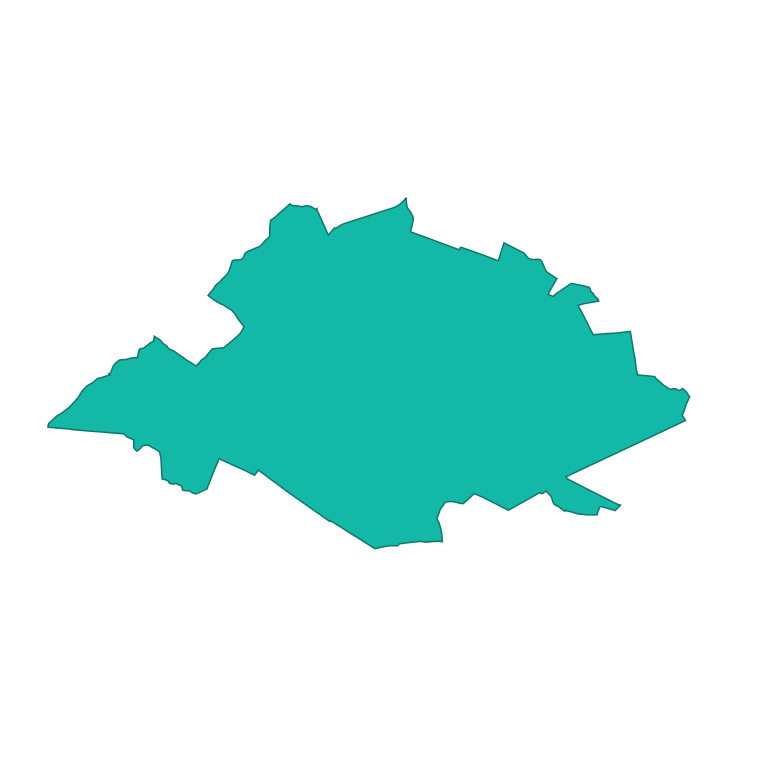 the district of Sannicolau Roman, Bihor, Romania, rotated 24°
{"feature_id": "2599482B50949816567850", "entity_name": "Sannicolau Roman", "entity_type": "district", "adm_level": 2, "iso_a3": "ROU", "parent_name": "Romania", "parent_adm1": "Bihor", "projection": "equal_earth", "projection_center": [21.725, 46.968], "detail": "fine", "context": "isolated", "style": "filled", "palette": "teal", "viewbox_px": 768, "rotation_deg": 24, "n_neighbors": 0, "source": "geoboundaries", "source_scale": "gbopen_adm2", "svg_char_len": 6139}
<svg xmlns="http://www.w3.org/2000/svg" viewBox="0 0 768 768"><g transform="rotate(24 384 384)"><path d="M501.5,504.3L500.5,502.6L499.3,500.1L497.8,497.4L495.7,494.4L494.2,492.5L492.9,490.9L490.2,487.9L487.5,485.9L487.5,485.6L487.1,485.4L487.0,484.6L487.0,482.9L486.4,475.4L487.5,470.5L487.8,468.4L488.1,467.6L488.5,467.0L489.0,466.4L489.7,465.9L490.4,465.5L491.6,464.9L493.2,464.1L494.7,463.5L496.1,463.1L501.6,462.1L503.1,461.8L504.5,461.3L505.1,461.0L508.7,452.9L511.0,447.4L519.8,447.3L529.3,447.7L548.9,448.8L550.4,446.9L555.1,440.5L567.5,423.9L570.0,420.4L570.7,420.1L572.1,420.1L573.1,419.8L573.5,419.4L575.6,415.9L578.3,417.0L581.4,418.3L582.2,418.7L582.6,419.0L583.6,420.0L586.3,423.1L587.6,424.2L588.6,424.6L590.0,424.9L593.4,425.0L597.4,426.1L601.0,426.7L601.2,425.5L602.3,425.5L603.7,425.4L606.5,424.7L609.3,424.4L612.1,424.1L614.0,423.8L616.0,423.2L623.4,420.7L632.1,416.7L631.7,416.3L631.5,415.4L631.2,410.2L631.3,408.8L631.4,408.4L631.9,407.9L632.5,407.5L633.0,407.3L633.4,407.3L635.0,407.2L646.7,405.6L649.3,398.5L648.9,398.5L648.3,398.7L646.8,398.8L643.1,398.8L615.5,397.5L590.3,396.1L588.0,394.8L592.3,389.7L638.8,335.9L674.3,294.7L669.3,291.4L669.0,285.6L668.3,279.3L668.5,271.5L663.6,268.3L663.3,268.1L658.7,266.7L656.4,270.0L652.7,269.8L651.5,270.1L649.8,271.0L648.6,272.0L646.0,272.4L639.3,271.2L638.5,270.9L632.3,268.9L630.5,268.6L629.0,267.6L628.3,267.1L611.6,272.6L611.3,271.9L606.6,264.8L602.7,258.3L598.8,252.7L587.7,235.9L586.7,236.3L584.7,237.5L580.7,239.9L579.3,240.8L576.9,242.2L568.9,246.4L567.7,246.9L557.3,252.7L555.0,253.9L548.3,248.5L537.8,239.8L534.9,237.5L531.5,234.9L529.8,233.8L529.2,233.3L530.9,231.9L533.7,229.5L535.8,228.1L546.5,220.9L545.8,220.2L544.9,219.4L544.2,219.1L542.0,218.4L540.8,218.0L540.2,217.7L538.8,216.5L538.0,216.1L537.4,215.9L536.4,215.8L535.6,215.4L534.9,214.7L534.4,214.1L533.5,213.1L532.6,212.5L531.4,212.1L530.8,212.6L527.6,212.9L526.2,213.1L524.0,213.7L516.8,215.3L514.0,216.1L509.5,223.5L506.9,227.7L504.8,230.8L503.5,233.7L503.0,235.2L497.5,235.4L497.6,231.5L499.1,217.3L497.9,217.3L493.2,216.4L489.8,216.0L488.3,215.7L487.1,215.3L486.0,214.8L485.0,214.0L481.7,211.0L479.4,208.8L478.6,208.0L477.7,207.5L476.9,207.2L476.2,206.9L475.7,207.0L475.1,207.1L473.6,207.6L472.9,207.9L471.9,208.5L471.3,208.9L470.5,209.4L469.6,209.7L466.6,210.3L465.3,210.5L464.4,210.3L463.5,209.9L461.9,209.1L458.6,207.4L436.2,206.3L438.3,224.9L430.9,225.4L421.6,225.9L406.4,227.1L399.2,227.7L398.8,227.8L398.5,228.0L398.3,228.3L398.3,228.9L398.3,229.8L398.3,230.3L398.1,230.6L396.3,230.9L378.4,232.1L374.8,232.3L368.3,232.7L363.1,233.0L346.2,234.2L345.6,229.9L345.1,227.5L344.3,223.6L343.8,221.5L343.4,220.6L343.2,220.6L342.2,219.3L339.3,216.8L337.2,215.4L334.5,214.0L333.3,213.0L332.7,212.4L331.0,209.5L329.5,206.9L329.0,205.4L328.4,205.2L327.4,208.7L325.9,212.4L324.4,214.9L322.3,217.9L282.5,253.6L280.5,255.7L277.8,259.5L276.6,261.8L275.4,261.3L274.3,264.6L272.6,270.6L260.0,259.3L252.4,252.6L251.5,251.1L251.1,252.1L248.4,252.0L245.4,251.6L244.1,251.6L242.8,252.0L241.8,252.3L240.7,252.6L239.6,253.3L237.6,254.9L236.8,255.5L233.0,256.3L227.7,258.2L224.7,257.8L222.8,262.3L219.0,270.4L216.5,276.1L213.8,280.6L216.4,288.7L219.5,295.1L219.0,297.4L217.2,300.8L216.6,303.2L215.0,307.8L214.4,308.9L209.1,314.6L205.5,318.3L204.2,320.3L204.0,321.2L203.9,321.8L204.0,325.5L203.7,326.7L203.3,327.5L202.6,328.7L202.0,329.1L200.3,330.0L197.8,331.1L196.3,332.2L195.4,332.9L195.6,336.0L195.7,336.7L195.9,338.3L196.3,339.8L195.9,340.4L196.6,343.8L196.0,347.6L195.0,350.5L193.4,354.0L192.6,357.3L190.9,360.3L190.5,361.2L189.9,363.5L189.5,366.4L189.1,368.1L188.0,371.6L187.3,374.7L193.2,376.1L195.2,376.4L197.4,376.7L200.2,377.1L202.4,377.2L205.3,377.1L210.2,378.0L215.2,378.7L220.6,381.4L222.6,382.9L223.5,383.5L226.2,385.1L230.2,387.2L231.8,388.1L232.9,388.5L232.8,390.8L231.9,396.9L230.4,400.3L227.9,405.9L225.2,411.3L224.2,412.9L223.0,416.0L212.9,421.6L211.6,425.9L210.4,430.4L209.7,432.6L209.0,434.1L207.9,435.6L207.3,436.7L206.3,440.9L206.1,441.6L205.7,441.6L205.4,443.1L204.9,443.8L204.4,444.1L203.9,444.0L200.5,443.2L194.1,442.5L189.0,441.4L177.6,439.2L173.0,439.4L170.2,437.6L165.3,436.7L162.0,435.0L154.8,433.8L156.0,438.5L153.5,442.0L150.0,448.9L148.9,449.7L147.7,450.3L146.9,451.0L146.6,451.8L146.5,452.5L146.5,453.3L146.7,454.8L146.9,455.7L148.1,460.0L142.1,463.4L141.7,463.8L138.5,466.4L132.8,469.5L132.1,470.6L130.4,473.8L129.7,476.2L129.3,478.8L129.7,484.8L129.6,485.2L128.4,486.6L129.9,487.2L128.7,488.1L127.7,489.1L123.9,492.5L122.3,493.8L120.6,495.0L120.1,495.4L119.3,496.9L117.9,500.5L113.6,506.3L111.2,512.7L110.4,518.6L109.8,521.8L108.7,525.2L107.2,529.8L105.9,533.2L104.7,535.6L102.6,539.4L100.8,542.7L100.2,543.5L98.8,545.3L98.0,546.5L95.5,552.5L93.8,556.2L93.7,557.0L94.5,560.1L98.9,558.7L113.0,553.8L115.5,552.8L117.5,552.6L133.8,546.9L166.4,535.4L171.1,536.9L175.7,536.8L178.1,536.8L180.0,541.2L181.3,544.0L181.9,544.4L183.9,545.3L185.1,545.8L185.4,545.8L185.8,545.7L186.3,544.6L187.3,542.7L187.7,541.8L188.4,539.7L188.8,538.7L189.2,538.1L192.3,536.4L193.6,535.8L194.1,535.8L203.5,536.8L205.8,537.0L206.4,537.2L207.7,538.9L210.3,542.3L215.8,553.1L219.1,559.3L220.0,561.0L224.1,560.3L225.7,560.2L226.1,560.4L228.1,561.8L228.7,561.9L229.5,561.9L232.4,561.0L233.0,560.6L234.5,559.4L237.2,559.6L238.0,559.5L238.6,559.4L239.0,559.5L240.0,559.4L240.4,559.6L241.0,560.0L241.6,560.7L242.3,561.6L242.9,562.5L243.3,562.8L243.9,562.8L245.1,562.5L246.5,562.1L247.5,561.7L248.5,561.1L249.5,560.8L250.4,560.9L253.4,561.3L254.0,561.3L255.0,561.2L256.5,560.9L257.0,560.7L257.4,560.5L258.8,558.9L264.5,552.2L264.9,552.1L264.0,531.7L263.8,519.3L273.2,519.5L273.7,519.4L282.2,519.6L291.8,519.5L299.5,520.0L300.7,519.7L302.9,520.1L304.2,513.9L306.4,514.2L323.1,518.0L324.3,518.1L340.0,521.8L389.6,531.5L390.3,531.6L390.3,530.7L396.4,531.4L401.3,532.1L406.4,532.8L411.6,533.7L418.7,534.7L431.0,536.4L437.7,537.4L442.3,538.1L443.4,537.7L447.6,534.4L453.7,530.3L455.4,529.2L458.9,527.7L460.8,527.0L462.0,526.4L462.5,525.9L463.0,523.8L468.3,520.5L479.0,514.2L481.6,512.9L487.3,511.2L492.4,508.2L496.5,506.1L497.0,505.6L500.7,504.6L501.5,504.3Z" fill="#14b8a6" stroke="#0f766e" stroke-width="1.5"/></g></svg>